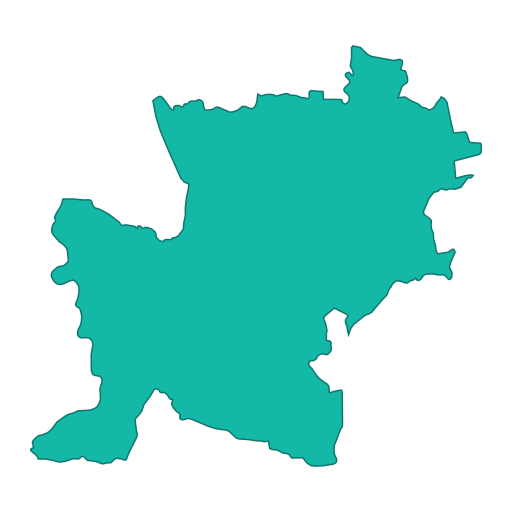 the district of Buon Ma Thuot, Đắk Lắk, Vietnam
{"feature_id": "81297802B34862108658790", "entity_name": "Buon Ma Thuot", "entity_type": "district", "adm_level": 2, "iso_a3": "VNM", "parent_name": "Vietnam", "parent_adm1": "Đắk Lắk", "projection": "natural_earth1", "projection_center": [108.009, 12.661], "detail": "fine", "context": "isolated", "style": "filled", "palette": "teal", "viewbox_px": 512, "rotation_deg": 0, "n_neighbors": 0, "source": "geoboundaries", "source_scale": "gbopen_adm2", "svg_char_len": 5940}
<svg xmlns="http://www.w3.org/2000/svg" viewBox="0 0 512 512"><path d="M62.9,199.0L61.2,205.4L56.6,212.8L54.8,216.5L54.6,218.2L55.5,219.6L55.5,221.1L55.3,221.7L53.7,223.4L52.9,224.8L51.9,228.0L51.7,231.3L52.1,232.8L53.4,234.9L59.2,241.6L62.5,243.8L66.3,247.7L67.3,250.6L68.4,260.3L67.8,261.9L64.8,264.9L63.3,265.7L58.6,266.7L57.2,267.4L53.2,270.8L52.3,272.0L51.3,274.5L51.5,276.8L53.5,280.6L54.7,282.0L56.0,283.2L57.8,284.1L61.4,284.4L63.5,283.8L69.9,280.8L73.1,280.1L75.6,281.5L78.2,285.0L78.9,287.2L79.1,289.2L78.9,293.1L77.9,298.0L75.8,303.6L75.6,304.7L75.9,305.5L76.9,306.7L79.0,307.8L80.2,309.6L81.6,314.9L81.7,316.8L81.5,320.3L80.8,324.4L78.3,329.4L77.8,331.0L77.6,333.5L77.8,335.2L79.2,337.0L81.4,337.9L87.1,337.6L89.2,338.1L91.4,340.1L92.5,342.3L92.8,344.6L92.6,347.4L91.9,349.9L91.2,355.6L91.3,370.1L92.3,373.6L92.9,374.4L95.3,375.5L99.9,376.3L101.8,378.2L102.1,381.4L101.8,383.0L100.4,386.6L100.0,389.0L100.5,398.7L99.5,402.5L98.7,404.2L97.0,406.8L95.0,408.2L91.8,409.6L88.9,410.2L78.0,410.9L73.3,413.0L69.1,414.1L65.7,415.8L57.2,421.8L52.3,428.3L49.6,431.3L46.8,433.1L42.7,434.8L39.8,435.3L37.9,436.0L33.5,440.1L32.7,441.4L32.5,443.1L33.2,445.7L33.4,447.9L31.4,448.5L30.9,449.0L30.7,450.3L32.8,452.5L35.7,454.6L37.7,457.0L38.1,459.0L45.3,459.0L52.2,460.2L59.3,462.1L65.0,461.4L72.1,459.0L74.3,458.6L76.8,459.0L79.1,458.7L81.0,457.1L82.6,456.4L83.9,456.6L86.3,459.5L87.6,460.4L95.7,461.4L101.8,463.7L103.3,463.8L107.0,462.9L110.9,462.7L115.1,458.7L117.4,458.3L120.9,458.8L124.9,460.1L126.2,459.8L128.6,453.4L136.8,437.0L137.3,434.8L136.3,429.8L135.0,419.3L139.6,414.1L141.7,411.2L144.1,404.3L150.1,396.4L154.3,389.3L156.4,388.8L157.8,389.2L159.1,390.4L159.9,391.9L161.2,392.7L164.1,392.5L166.0,393.6L167.8,395.5L169.8,398.9L172.4,399.5L172.5,400.4L171.7,403.5L172.1,405.4L173.8,408.4L176.8,411.7L179.0,413.1L179.9,414.4L179.9,417.9L180.2,418.9L181.1,419.5L181.8,419.8L183.8,419.7L188.3,418.4L192.1,419.4L208.1,426.2L216.0,428.7L226.5,430.2L229.3,431.5L236.0,437.8L238.6,438.9L248.8,439.6L256.4,440.8L259.9,440.8L264.4,441.7L268.5,441.2L269.7,448.4L272.0,449.5L276.3,449.9L278.3,450.5L282.5,453.0L287.0,453.5L288.9,454.5L291.8,458.0L302.8,457.8L306.9,462.9L310.9,465.6L315.9,466.1L323.5,465.7L333.3,464.1L335.1,463.3L336.2,462.2L336.7,460.5L336.5,458.9L334.5,454.5L334.0,450.1L334.4,445.1L337.1,438.6L339.3,432.2L340.7,429.1L342.4,426.5L342.5,420.9L342.2,392.6L341.7,390.3L340.0,390.2L333.0,391.7L330.4,392.7L329.3,392.5L328.9,386.6L327.2,384.1L324.1,382.1L319.4,378.6L316.2,375.0L312.4,369.2L309.0,365.7L308.7,363.2L309.6,361.5L311.3,360.6L313.4,360.7L316.1,359.0L317.9,355.7L321.7,353.6L326.7,354.7L328.5,353.7L330.6,351.4L331.3,349.6L330.9,345.2L331.2,343.0L330.0,341.1L326.7,340.5L326.2,338.8L326.5,336.9L326.3,333.0L327.0,331.7L326.6,328.1L325.6,323.7L323.5,318.4L325.2,315.7L334.2,308.1L346.6,314.3L347.8,315.2L348.1,315.7L345.6,319.8L345.4,321.2L345.8,323.7L347.0,326.4L347.7,331.1L348.6,334.7L350.8,328.4L354.0,324.1L364.9,315.4L369.0,313.8L371.7,312.2L382.6,299.4L387.0,294.8L388.9,289.6L390.9,287.0L392.2,284.5L394.3,282.3L396.5,280.9L399.2,280.9L406.0,283.0L407.5,283.0L410.7,280.5L411.9,280.5L413.7,279.8L415.6,278.2L417.2,280.3L419.3,280.3L421.3,278.7L423.4,275.4L425.8,274.2L428.8,273.9L432.8,273.9L438.1,274.9L443.0,274.8L445.0,275.4L448.6,279.4L449.9,279.4L451.4,277.8L451.9,275.8L452.0,272.9L449.4,267.0L450.7,262.3L455.0,252.6L454.7,250.7L453.6,249.4L452.5,249.2L448.0,252.2L438.3,253.8L437.3,253.5L436.1,250.7L435.3,244.6L433.7,239.5L433.3,233.3L431.6,229.1L431.0,224.9L431.4,221.5L431.1,220.2L430.1,218.9L425.2,215.4L423.7,213.7L423.5,211.4L429.2,198.2L433.7,192.4L435.0,191.9L436.8,191.7L438.4,191.0L439.8,189.4L441.2,188.7L444.3,189.7L446.2,189.9L447.3,189.7L448.6,189.0L450.0,188.8L455.0,189.2L461.0,187.3L467.5,178.2L471.4,177.6L473.2,175.4L470.3,174.9L465.3,175.7L455.7,178.3L454.2,161.0L479.6,154.3L481.2,152.1L481.3,144.9L480.8,143.3L469.5,142.4L466.6,133.4L465.4,131.9L453.6,133.0L450.8,121.1L447.0,102.3L444.4,98.6L441.2,96.9L440.5,98.4L436.5,103.1L434.4,107.1L431.4,109.3L428.7,109.9L425.8,108.1L423.1,107.7L421.4,106.9L418.6,104.2L409.8,100.1L405.7,97.3L404.5,97.0L398.1,97.7L401.8,87.1L402.8,85.5L407.0,82.7L407.7,80.4L407.3,77.0L405.5,71.1L401.7,70.1L400.7,69.5L402.4,63.4L402.4,60.9L400.0,59.3L393.7,60.5L371.4,56.4L367.3,54.3L360.5,47.5L353.0,45.9L351.5,47.7L351.6,57.1L350.3,66.2L352.8,70.7L353.4,74.5L352.2,75.8L349.2,72.5L348.4,72.3L346.1,73.4L345.4,74.6L345.5,76.1L349.5,80.5L350.0,82.5L344.2,88.3L343.9,90.0L344.5,91.5L348.0,94.5L349.3,96.9L349.1,100.0L347.8,102.5L345.1,104.1L343.4,103.4L342.4,102.2L341.6,99.5L323.3,99.3L323.1,91.6L310.7,90.6L309.1,92.5L309.3,96.9L308.6,98.4L306.7,98.6L303.8,97.6L301.9,97.7L297.3,96.0L294.4,95.3L290.9,95.3L287.6,93.7L285.0,93.7L275.9,96.2L274.0,94.9L270.3,94.3L265.5,94.6L261.8,95.9L259.4,95.2L257.8,94.0L256.8,102.0L255.8,104.9L254.7,106.8L253.1,108.4L250.7,108.6L245.1,106.4L242.5,106.4L237.6,110.2L233.1,111.8L229.9,112.2L218.6,107.3L216.3,107.1L212.5,109.3L207.6,110.2L205.2,109.9L204.0,108.1L203.1,103.0L201.9,100.9L199.9,99.9L198.3,99.7L195.4,101.2L191.8,101.0L190.0,101.4L187.3,103.9L184.3,104.1L183.1,106.6L182.1,107.1L179.5,105.7L178.3,105.4L175.4,105.8L174.0,106.7L173.4,110.0L172.8,110.2L171.6,109.5L170.0,107.6L163.6,98.8L161.4,96.6L159.4,96.4L157.4,97.3L152.9,100.7L156.0,116.9L160.2,130.5L167.5,148.1L180.8,178.2L184.3,182.0L188.8,184.1L188.5,188.0L186.4,198.4L185.3,208.1L185.4,215.2L183.9,222.4L183.3,229.3L178.2,235.9L175.1,237.7L172.9,237.7L171.3,239.5L165.2,239.6L162.8,241.5L159.4,240.7L156.3,237.3L155.7,233.3L155.0,231.8L153.6,230.9L152.4,229.5L150.8,228.6L147.4,227.6L145.3,227.3L142.5,228.5L141.9,228.1L141.2,226.6L138.9,225.8L138.0,226.1L137.5,228.1L136.5,227.8L134.7,226.4L130.6,225.6L126.2,224.9L123.0,225.3L121.1,225.0L119.3,222.2L109.2,214.5L103.1,211.0L97.9,208.6L95.5,208.2L94.1,207.1L92.9,205.4L91.5,201.2L90.7,200.3L89.0,199.8L83.5,200.0L73.3,199.0L62.9,199.0Z" fill="#14b8a6" stroke="#0f766e" stroke-width="1.5"/></svg>